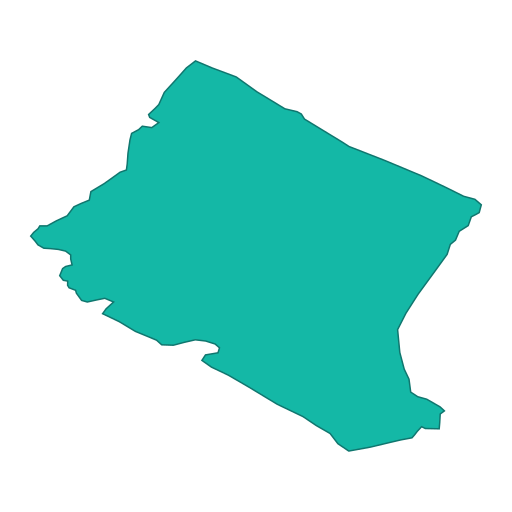 Lycksele, Västerbotten, Sweden
{"feature_id": "70781695B44534775351427", "entity_name": "Lycksele", "entity_type": "district", "adm_level": 2, "iso_a3": "SWE", "parent_name": "Sweden", "parent_adm1": "Västerbotten", "projection": "robinson", "projection_center": [18.314, 64.665], "detail": "fine", "context": "isolated", "style": "filled", "palette": "teal", "viewbox_px": 512, "rotation_deg": 0, "n_neighbors": 0, "source": "geoboundaries", "source_scale": "gbopen_adm2", "svg_char_len": 1641}
<svg xmlns="http://www.w3.org/2000/svg" viewBox="0 0 512 512"><path d="M142.3,126.2L138.7,129.6L131.6,133.4L130.0,139.8L128.0,153.1L127.2,164.0L126.4,170.0L120.1,172.2L111.8,178.2L103.9,183.8L90.9,191.6L89.3,200.1L81.0,203.5L73.9,206.8L67.2,215.8L56.6,220.7L47.1,225.9L39.8,225.9L38.1,228.7L33.7,232.4L30.7,236.1L35.1,241.1L38.0,244.9L43.8,248.2L50.3,248.6L58.3,249.4L65.6,251.1L70.7,254.9L70.7,259.0L72.1,264.9L65.6,266.5L62.6,268.6L59.7,275.7L63.3,280.3L67.7,281.1L67.6,285.3L69.1,287.8L75.6,290.3L76.4,293.2L81.6,300.4L87.3,302.0L96.8,299.9L104.8,298.3L113.6,302.0L106.2,308.7L102.6,313.7L119.3,321.7L135.4,331.4L145.6,335.6L156.6,340.2L161.7,344.8L173.4,345.2L184.4,342.3L195.3,339.8L205.6,341.0L215.1,344.0L219.5,347.8L218.0,352.8L205.5,354.9L201.9,360.4L211.4,367.1L228.2,375.1L248.7,387.0L277.3,404.3L303.0,416.6L316.2,425.5L330.1,433.5L337.9,443.7L348.7,451.0L348.4,451.1L370.4,447.1L390.1,442.4L400.8,439.9L412.0,437.8L414.7,434.7L417.3,431.3L421.6,426.7L425.3,428.5L439.2,428.8L439.2,428.7L439.7,422.9L440.2,414.0L444.4,410.9L440.1,406.9L426.7,399.2L417.7,396.7L410.7,392.1L409.0,379.2L404.2,369.1L399.8,352.5L397.6,329.6L406.0,313.1L418.1,294.2L435.5,270.4L447.1,254.4L450.3,244.4L455.5,240.1L459.2,231.3L468.2,225.6L471.3,216.8L476.0,214.4L479.2,212.6L481.3,204.8L474.9,199.3L463.7,196.3L446.2,187.6L421.7,175.9L385.1,160.6L349.0,146.5L342.7,142.4L320.9,129.1L304.5,119.1L301.3,114.0L297.1,111.7L284.9,108.8L256.9,91.8L236.3,77.0L212.0,67.9L195.5,60.9L186.4,67.9L177.7,77.7L164.3,92.4L158.8,104.6L155.1,108.4L148.6,114.5L149.7,117.4L158.8,122.6L151.8,127.6L142.3,126.2Z" fill="#14b8a6" stroke="#0f766e" stroke-width="1.5"/></svg>